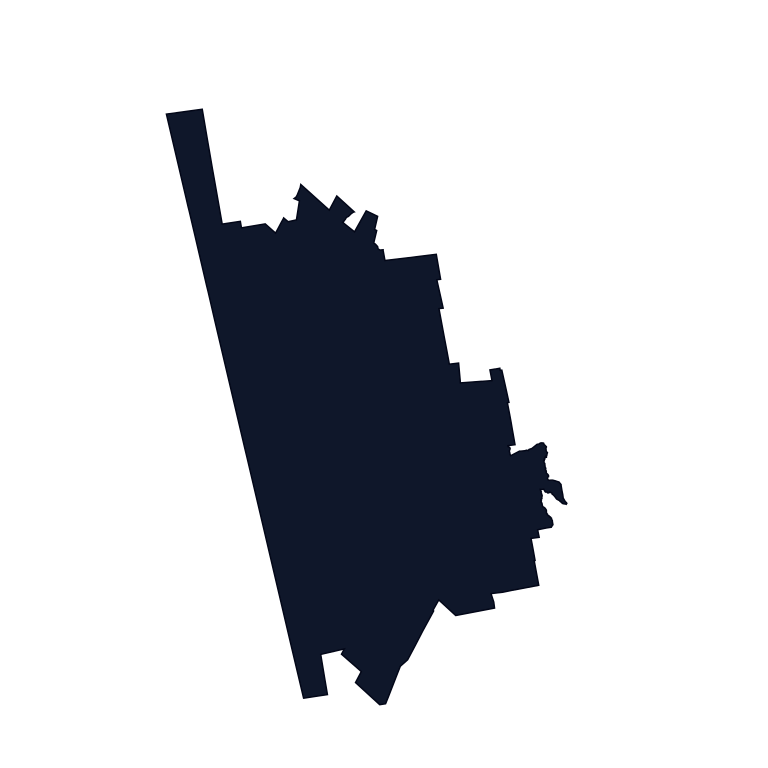 Mount Isa, Queensland, Australia, rotated 347°
{"feature_id": "25037944B13114344079677", "entity_name": "Mount Isa", "entity_type": "district", "adm_level": 2, "iso_a3": "AUS", "parent_name": "Australia", "parent_adm1": "Queensland", "projection": "equal_earth", "projection_center": [139.561, -19.747], "detail": "fine", "context": "isolated", "style": "filled", "palette": "ink", "viewbox_px": 768, "rotation_deg": 347, "n_neighbors": 0, "source": "geoboundaries", "source_scale": "gbopen_adm2", "svg_char_len": 5833}
<svg xmlns="http://www.w3.org/2000/svg" viewBox="0 0 768 768"><g transform="rotate(347 384 384)"><path d="M464.4,613.9L465.7,614.0L465.8,614.0L468.7,614.1L489.5,614.9L490.6,589.8L491.5,589.9L492.1,577.6L492.3,573.1L492.5,567.5L500.7,568.3L500.9,560.6L509.9,560.8L514.8,561.2L515.3,560.5L515.6,560.4L515.8,560.1L516.0,559.4L516.4,559.5L516.7,559.4L517.0,558.9L517.0,558.1L517.0,557.7L517.1,557.3L517.0,557.0L516.9,556.8L516.9,556.5L517.1,556.3L517.1,555.8L517.2,555.6L517.2,555.4L517.3,555.1L517.2,554.5L517.0,554.2L517.0,553.7L516.8,553.3L516.8,553.0L517.0,552.7L517.0,552.4L516.8,552.2L516.5,551.8L516.4,551.4L516.2,551.0L516.1,550.9L515.7,551.2L515.4,551.0L515.3,550.8L515.4,550.4L515.3,549.9L515.2,549.7L514.9,549.4L514.6,549.3L514.5,549.0L513.9,548.3L514.0,547.6L513.7,547.1L513.2,546.9L513.3,546.2L513.3,545.7L513.5,545.5L513.4,544.9L513.7,544.4L513.8,543.4L513.6,542.7L513.4,542.3L513.3,541.9L512.9,541.1L512.6,540.6L512.3,540.3L512.1,540.3L511.8,539.8L511.4,539.5L511.2,539.4L511.1,539.0L511.0,538.4L511.0,537.7L511.0,536.7L511.1,536.0L511.0,535.5L510.8,535.3L510.9,535.0L510.8,534.6L510.2,534.2L510.3,534.0L510.5,533.9L510.6,533.7L510.8,533.5L511.1,533.1L511.0,532.9L510.9,532.9L510.8,532.7L510.8,532.4L510.9,532.0L510.9,531.8L511.3,531.8L511.4,531.7L511.9,531.4L512.1,531.2L512.1,530.5L512.1,530.3L512.3,530.0L512.7,529.1L512.8,528.6L513.0,528.4L512.9,528.1L512.8,527.5L513.0,527.2L512.8,526.5L512.9,525.7L512.7,525.4L512.7,524.8L512.8,524.2L513.0,524.1L512.9,523.8L512.7,523.5L512.7,523.1L512.5,522.7L512.5,522.3L512.5,521.8L513.8,522.2L516.0,522.4L516.2,523.3L516.3,523.7L516.5,524.0L516.5,524.4L516.6,524.6L517.0,525.6L517.6,525.6L518.5,526.1L518.9,526.9L519.5,527.1L520.6,527.0L521.1,526.6L521.9,526.9L522.1,527.1L522.4,527.7L522.7,527.7L523.0,527.8L523.1,528.1L523.1,528.9L523.1,529.2L523.5,529.4L523.5,529.6L523.8,529.7L525.1,532.1L525.7,533.5L526.0,534.2L526.1,534.5L526.4,535.0L527.5,536.0L528.8,537.1L528.9,537.3L529.1,537.9L529.4,538.3L529.8,538.7L530.2,539.2L530.3,539.3L530.6,539.5L530.8,539.8L530.8,540.4L532.0,541.1L534.3,542.0L534.5,542.2L535.3,541.4L535.0,540.5L534.3,539.6L534.1,539.2L533.2,536.2L532.9,535.9L533.3,531.9L533.4,527.9L533.6,524.9L533.6,524.7L533.7,523.3L533.7,523.0L533.9,521.8L532.4,518.8L532.2,518.8L532.1,518.7L531.8,518.5L530.9,518.0L530.8,517.9L530.0,517.5L529.7,517.2L526.7,515.6L525.3,515.3L522.9,514.9L522.3,514.1L522.2,513.9L522.1,513.7L522.1,512.7L522.7,511.6L523.3,511.0L523.5,511.1L523.7,510.3L523.4,509.8L523.5,509.3L522.0,507.0L522.2,506.5L522.2,506.4L522.3,506.3L522.4,506.1L522.3,505.9L522.5,505.0L522.2,504.6L522.1,504.2L522.0,503.8L522.0,503.7L522.2,503.8L522.2,503.5L522.5,503.1L522.5,502.8L522.6,502.7L522.6,502.0L522.4,501.8L522.3,501.5L522.3,501.1L522.4,500.8L522.4,500.6L522.4,500.2L522.3,499.9L522.3,499.7L522.6,499.4L522.6,498.3L522.8,498.0L522.6,497.7L522.6,497.2L522.4,497.1L522.3,496.4L522.2,496.2L522.3,495.7L522.2,495.2L522.3,494.6L522.8,494.7L522.8,494.4L523.0,494.3L523.0,493.9L523.0,493.7L523.1,493.4L523.4,493.6L523.6,493.6L523.7,493.3L523.8,492.9L524.0,492.7L523.9,492.3L523.9,491.9L524.1,491.8L524.2,491.6L524.3,491.5L524.5,491.4L524.5,491.6L524.9,491.8L525.2,491.9L525.5,491.8L525.8,491.9L525.9,491.7L526.0,491.5L525.9,490.5L525.8,490.3L526.0,490.1L526.4,490.0L526.8,489.9L526.8,489.6L527.1,488.8L527.3,488.4L527.8,487.8L527.8,487.6L527.2,486.7L527.1,486.2L527.1,485.9L527.0,485.4L526.9,485.2L527.1,484.7L527.0,484.3L527.3,483.9L527.3,483.4L527.1,483.3L527.0,483.0L527.1,482.8L527.5,482.5L528.0,482.1L528.1,481.6L527.5,480.7L527.2,480.2L527.1,479.9L526.8,479.7L526.5,479.5L526.5,479.2L526.4,479.1L526.3,478.9L526.3,478.1L526.2,477.5L525.5,477.2L524.3,476.8L523.0,476.7L521.3,477.4L519.6,477.2L513.6,480.1L510.6,480.4L509.5,481.3L508.1,480.6L506.1,480.7L502.1,480.2L500.9,479.9L491.3,482.4L491.2,481.7L491.0,481.0L491.1,478.8L491.0,478.3L491.0,477.8L491.4,476.9L492.3,475.5L492.3,474.7L492.2,474.2L491.9,473.9L491.4,473.4L491.1,473.3L490.7,472.8L490.6,472.6L490.8,471.9L491.6,472.0L498.0,472.6L498.7,459.1L498.8,457.0L499.2,450.3L499.6,441.3L499.6,440.9L500.0,429.9L501.6,430.0L501.8,412.4L501.9,397.0L500.3,396.8L500.4,394.7L495.5,394.5L495.4,394.4L490.4,394.1L490.0,405.0L480.8,403.6L479.4,403.3L470.1,401.9L458.6,400.1L459.0,397.8L461.4,380.4L452.1,379.4L452.7,366.0L453.3,350.6L453.8,339.0L454.5,322.9L458.7,323.4L458.8,309.5L458.9,294.3L462.7,294.7L464.1,269.4L433.5,266.2L412.7,263.9L413.2,253.3L413.3,253.0L410.2,252.6L408.6,251.0L408.7,248.7L407.1,245.8L405.7,244.3L411.4,232.8L409.6,231.3L414.1,222.1L415.5,219.2L412.5,216.8L412.4,216.7L405.6,211.3L389.5,229.1L384.1,222.3L380.4,217.6L380.1,217.3L380.0,217.1L380.4,217.0L380.8,216.9L381.2,216.7L381.6,216.2L382.1,215.8L383.0,215.1L383.6,214.6L383.9,214.1L384.5,213.6L385.3,213.1L386.3,212.8L387.1,212.7L387.5,212.4L388.7,211.7L389.4,211.2L390.7,210.5L392.0,210.0L392.4,209.8L393.2,209.6L393.7,209.6L380.3,190.2L369.8,202.3L347.8,170.9L346.6,173.7L342.0,180.3L340.5,182.0L338.1,183.1L342.8,186.5L335.6,204.4L327.1,204.3L323.6,199.6L323.1,200.3L320.3,203.4L316.5,207.8L315.1,209.4L312.3,212.6L304.3,201.3L280.2,199.8L280.6,193.2L262.3,191.8L264.7,146.3L265.2,136.2L266.3,116.8L266.6,111.3L267.0,104.2L268.7,75.4L232.7,72.1L233.0,159.5L233.0,166.5L233.1,172.0L233.2,196.9L233.3,248.1L233.4,254.9L233.4,281.0L233.4,283.9L233.9,414.1L234.0,425.6L234.3,500.4L234.7,616.1L235.0,672.0L235.6,672.1L247.7,673.0L259.0,673.9L259.8,660.6L259.8,660.4L261.5,633.2L277.4,633.2L285.8,633.2L281.8,637.7L291.2,650.7L291.3,650.8L297.2,659.1L289.1,668.5L307.7,695.5L313.6,695.9L317.6,690.2L332.1,668.9L336.4,662.7L345.0,658.0L355.6,645.8L366.3,633.2L379.9,617.9L381.3,616.3L380.8,615.5L388.8,606.7L401.8,625.7L441.3,627.2L441.9,621.1L441.1,612.3L447.7,613.0L450.1,613.3L451.0,613.4L452.9,613.6L461.7,613.8L462.3,613.8L462.7,613.8L463.1,613.9L464.4,613.9Z" fill="#0f172a" stroke="#020617" stroke-width="1.5"/></g></svg>